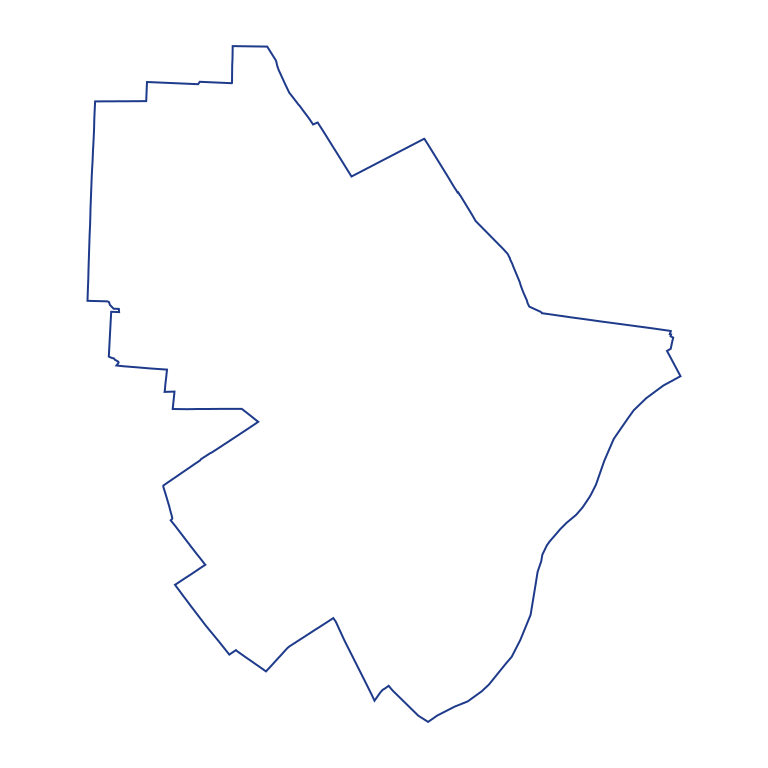 Fetesti, Calarasi, Romania
{"feature_id": "2599482B60932966613296", "entity_name": "Fetesti", "entity_type": "district", "adm_level": 2, "iso_a3": "ROU", "parent_name": "Romania", "parent_adm1": "Calarasi", "projection": "natural_earth1", "projection_center": [27.783, 44.402], "detail": "fine", "context": "isolated", "style": "outline", "palette": "blue", "viewbox_px": 768, "rotation_deg": 0, "n_neighbors": 0, "source": "geoboundaries", "source_scale": "gbopen_adm2", "svg_char_len": 3493}
<svg xmlns="http://www.w3.org/2000/svg" viewBox="0 0 768 768"><path d="M424.4,138.8L424.1,138.8L408.9,146.7L400.2,151.2L351.5,176.5L336.0,151.6L332.9,146.7L324.2,132.7L321.4,128.3L319.5,125.4L317.7,122.5L317.4,122.6L313.5,124.3L313.1,124.5L309.2,118.7L303.9,111.6L299.4,105.5L298.5,104.7L296.6,102.1L295.3,100.5L294.1,98.9L289.2,92.6L284.9,83.6L278.5,69.6L277.1,65.4L276.2,61.2L275.5,59.8L267.2,46.6L266.9,46.6L232.7,46.1L232.5,58.7L232.2,65.1L232.0,83.0L231.8,83.2L199.8,81.8L198.1,84.2L147.0,82.0L146.2,101.1L136.6,101.2L95.1,101.4L94.3,118.7L94.1,127.6L93.9,133.1L93.5,141.3L93.5,142.5L93.4,143.1L93.4,143.5L93.4,143.8L93.0,150.4L92.6,160.7L92.1,169.1L91.7,177.1L90.9,198.4L90.5,208.5L90.4,213.3L90.1,224.4L89.6,235.3L89.2,247.7L88.5,269.6L88.4,274.9L88.2,281.5L88.0,285.8L87.5,300.8L90.2,300.9L105.6,301.3L107.5,301.4L109.0,302.1L109.9,304.8L110.2,305.2L113.6,308.7L115.5,308.8L118.8,308.9L119.0,310.7L119.0,310.9L119.1,312.1L111.2,311.8L110.3,328.2L108.8,356.6L111.9,358.0L112.3,358.1L113.7,358.3L115.0,359.8L118.2,361.6L118.6,362.5L116.5,365.5L124.0,366.3L136.8,367.3L149.5,368.4L158.2,369.0L167.0,369.6L166.1,378.1L165.4,383.9L164.9,389.7L164.6,391.9L174.5,391.6L172.7,409.0L180.5,409.1L188.3,409.2L189.0,409.1L193.0,409.1L197.1,409.0L207.5,409.0L217.9,408.9L241.8,408.9L246.2,412.3L247.6,413.4L254.0,418.5L258.2,421.8L256.2,423.2L252.2,425.9L247.4,429.1L233.9,438.0L221.9,445.9L211.6,452.6L210.5,453.0L202.9,457.9L200.8,459.3L200.1,460.4L194.1,464.4L182.6,472.3L173.0,478.9L163.5,485.4L163.3,485.8L163.3,486.6L163.4,487.1L165.9,495.1L167.2,499.5L169.1,505.9L170.8,512.5L171.5,514.8L172.2,517.5L172.3,518.5L172.1,518.9L171.6,519.5L170.7,520.3L171.6,521.5L174.9,525.5L179.4,531.4L182.7,535.7L185.2,539.0L187.1,541.5L187.8,542.4L189.3,544.3L190.6,546.1L192.9,549.0L197.2,554.6L198.7,556.4L202.0,560.6L205.2,564.7L205.3,564.8L200.4,568.0L192.0,573.7L185.0,578.2L176.0,584.2L175.0,584.8L177.5,588.2L180.3,591.9L183.5,596.3L185.0,598.2L187.0,600.9L190.5,605.6L199.6,617.5L205.6,625.4L218.8,641.4L226.0,650.4L229.3,654.6L236.0,650.1L236.6,650.8L241.5,654.3L245.6,657.2L252.6,662.0L266.0,671.4L272.6,664.3L278.5,657.8L280.5,655.7L284.6,651.1L287.3,648.2L289.4,646.4L303.7,637.2L313.4,630.9L317.0,628.6L319.4,627.1L333.3,618.1L335.8,621.7L344.3,640.2L365.8,682.9L371.4,694.1L374.5,700.7L377.2,696.9L379.5,693.6L380.8,691.9L382.0,690.6L382.7,689.8L384.8,688.6L388.7,685.8L391.2,688.9L393.0,690.9L397.7,695.5L418.3,715.7L428.1,721.9L437.3,715.5L454.7,706.6L467.7,701.4L481.6,691.4L488.9,684.6L505.7,663.8L511.7,656.8L520.3,640.0L530.6,614.8L535.9,582.6L537.6,571.9L541.3,561.0L542.3,554.8L546.9,545.3L549.6,541.5L554.9,535.4L560.2,529.2L563.4,526.0L566.6,522.8L573.9,516.7L576.3,514.7L582.8,507.1L589.5,497.1L591.0,494.5L596.0,484.6L604.1,461.3L608.9,450.1L613.8,438.8L628.1,418.1L633.7,410.3L646.3,398.1L663.4,385.5L680.5,376.2L670.0,356.5L667.0,350.9L670.7,348.8L672.4,340.9L673.2,337.6L670.6,336.3L671.1,334.5L669.8,334.2L670.8,331.1L668.9,330.7L652.1,328.3L602.6,321.7L587.0,319.5L571.4,317.4L547.7,314.0L541.9,313.2L541.8,312.9L541.5,312.5L540.4,311.7L535.1,309.3L529.3,306.6L527.6,303.2L526.9,300.5L523.0,291.6L520.8,285.7L519.7,282.0L513.0,265.9L512.3,263.9L510.1,259.3L509.8,257.8L508.9,256.5L508.4,255.2L507.3,253.4L505.8,251.9L503.9,249.7L475.6,221.0L472.0,214.7L466.9,206.3L460.2,195.3L459.8,195.1L459.6,194.6L458.2,192.3L457.6,192.6L456.5,190.7L453.8,186.6L447.4,175.9L443.2,169.1L439.0,162.3L428.3,145.0L425.0,139.8L424.4,138.8Z" fill="none" stroke="#1e3a8a" stroke-width="2"/></svg>